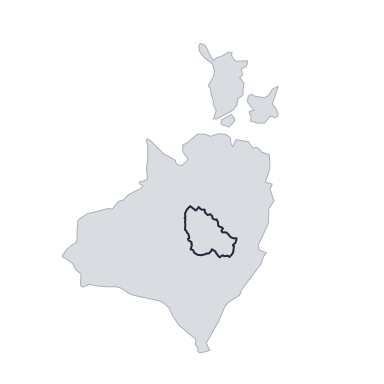 location of Järva within Estonia, rotated 114°
{"feature_id": "EST-1656", "entity_name": "Järva", "entity_type": "County", "adm_level": 1, "iso_a3": "EST", "parent_name": "Estonia", "parent_adm1": "", "projection": "orthographic", "projection_center": [25.661, 58.953], "detail": "fine", "context": "in_parent", "style": "outline", "palette": "slate", "viewbox_px": 384, "rotation_deg": 114, "n_neighbors": 0, "source": "natural_earth", "source_scale": "10m", "svg_char_len": 4359}
<svg xmlns="http://www.w3.org/2000/svg" viewBox="0 0 384 384"><g transform="rotate(114 192 192)"><path d="M304.0,284.1L302.8,284.4L296.2,283.4L288.9,280.0L285.6,277.4L282.5,277.5L278.8,279.3L265.3,284.6L262.0,283.5L254.2,278.6L250.2,273.2L241.5,262.4L240.7,259.9L239.6,257.8L230.4,255.2L226.9,251.2L224.1,250.6L219.9,248.6L209.2,240.1L206.5,239.3L205.9,240.7L206.0,242.7L205.4,243.9L204.0,243.8L201.5,240.7L198.5,237.9L189.2,243.0L185.8,244.4L182.8,244.6L167.9,251.2L163.4,254.8L161.5,254.4L162.0,250.9L168.5,233.8L169.8,220.1L172.1,218.3L172.8,216.4L171.9,212.0L165.6,209.1L163.1,209.5L160.7,214.1L158.2,217.4L152.6,219.4L147.9,215.7L136.8,210.6L134.1,204.2L133.6,197.8L127.9,191.4L125.7,184.1L126.8,179.0L132.3,175.9L133.9,173.0L127.1,173.3L125.8,172.5L125.6,169.9L122.9,160.9L125.6,157.5L126.9,154.1L124.9,151.2L125.5,147.9L127.3,144.6L126.5,136.8L133.2,132.9L139.7,130.2L153.3,129.1L152.1,122.0L157.6,121.8L166.9,113.5L176.0,115.1L189.2,109.5L214.4,109.8L217.9,106.4L217.3,103.0L217.4,99.4L222.1,100.4L230.0,99.8L259.8,106.7L267.1,106.6L277.4,113.6L282.9,115.4L299.0,115.1L324.0,117.5L328.7,112.5L329.2,111.2L331.7,113.8L334.8,118.1L335.7,120.6L334.8,122.1L331.8,123.5L331.2,124.9L329.9,127.2L326.4,127.8L324.7,129.5L322.7,137.1L319.0,149.6L313.1,159.2L308.3,164.5L306.2,168.5L305.0,173.3L304.8,178.1L310.3,204.1L310.3,208.8L309.3,213.7L308.7,218.7L309.5,223.0L312.8,230.2L316.6,241.0L318.1,248.0L320.5,250.4L322.7,252.3L323.2,253.4L323.2,254.7L322.1,256.1L312.3,260.0L311.1,263.2L310.2,266.6L306.0,271.9L304.8,276.7L304.1,282.2L304.0,284.1ZM84.8,185.8L87.9,188.1L90.9,187.5L94.0,186.2L100.6,187.8L115.2,199.1L116.5,202.1L107.5,203.0L105.3,206.3L103.0,208.5L100.4,209.1L95.9,213.6L89.8,217.7L88.4,220.3L77.7,219.4L71.8,220.8L66.8,225.5L64.4,235.0L60.5,242.2L56.8,244.8L53.1,245.0L52.4,242.1L52.9,239.3L61.2,229.2L63.0,225.8L59.2,224.1L56.2,220.3L49.4,215.6L48.3,212.1L50.0,211.9L51.6,211.0L53.6,208.2L54.7,204.9L49.6,194.9L52.5,193.6L56.1,194.1L59.6,197.1L63.7,194.0L65.5,193.6L68.2,195.0L71.4,188.7L78.2,186.9L81.6,185.1L84.8,185.8ZM99.5,168.3L95.6,172.5L93.5,170.7L92.4,168.5L87.1,178.1L81.6,179.6L78.5,177.5L79.0,173.8L76.4,164.1L71.8,161.0L65.2,160.4L60.6,156.2L79.2,154.4L81.3,149.9L85.2,145.3L88.1,144.9L90.4,146.1L90.7,149.9L91.2,151.4L99.5,153.8L102.5,160.2L103.4,167.8L99.5,168.3ZM117.8,193.4L113.9,194.1L105.1,187.5L107.4,183.4L110.0,181.8L117.6,184.7L118.4,191.2L117.8,193.4Z" fill="#d9dde1" stroke="#a8b0b8" stroke-width="1"/><path d="M229.4,182.9L227.4,183.8L224.1,185.0L223.1,185.7L222.3,186.1L219.4,187.1L218.6,188.2L217.2,187.9L215.5,189.2L213.9,189.6L209.8,189.5L208.9,189.0L207.8,188.8L205.7,187.8L206.5,184.5L206.7,183.4L206.9,182.8L207.1,182.3L207.3,181.8L207.3,181.3L206.9,180.8L206.1,180.4L204.7,180.2L203.1,179.7L204.0,177.3L204.2,176.6L204.0,175.5L203.3,174.0L203.1,173.5L203.3,173.0L203.9,172.6L205.0,172.2L205.3,171.9L205.6,171.4L205.9,170.2L206.3,169.5L206.7,168.4L205.9,167.3L205.2,166.9L205.0,166.5L204.9,166.2L205.8,163.8L206.6,163.2L207.0,163.1L207.5,162.7L207.8,162.2L207.9,161.2L207.9,160.4L207.8,159.4L207.5,159.0L207.2,158.7L207.1,158.2L208.7,156.3L212.2,154.2L212.4,152.1L212.3,150.2L212.4,149.5L212.8,149.0L213.9,149.0L214.6,149.3L215.3,149.3L215.8,149.0L216.1,148.5L216.4,148.1L216.4,147.2L215.9,146.6L215.7,146.3L215.0,144.0L216.2,140.9L217.1,139.4L217.5,138.1L217.6,137.0L217.4,135.2L216.9,134.1L216.4,133.3L216.3,132.8L216.4,132.4L218.0,132.0L221.1,131.7L222.9,132.7L223.6,132.9L224.0,132.9L224.3,132.7L224.4,131.6L230.3,129.9L232.6,130.1L236.0,131.3L236.2,131.6L236.0,132.3L235.7,133.0L235.7,133.5L235.8,133.8L236.0,134.1L236.3,134.3L237.1,135.7L237.6,136.7L237.3,137.7L237.5,138.4L238.6,139.3L240.3,139.9L239.9,141.9L238.7,143.6L238.2,144.9L236.7,146.6L236.6,148.2L236.2,149.9L236.3,150.4L236.7,150.6L238.0,150.5L238.6,150.6L239.7,151.1L240.7,151.3L241.3,151.6L242.5,154.0L243.4,154.4L244.7,156.3L245.6,157.2L246.2,158.4L246.8,160.1L247.0,161.1L247.1,161.9L247.0,162.6L246.9,163.3L246.7,164.5L246.5,165.5L245.3,166.5L245.1,166.7L244.9,167.2L244.7,167.7L244.6,168.2L244.9,169.3L244.8,170.0L241.9,170.3L241.0,170.4L240.5,170.6L240.0,170.9L239.7,171.4L238.5,171.7L238.0,172.3L237.8,173.2L237.8,174.1L237.7,174.9L237.6,175.5L236.3,176.6L235.4,175.9L234.5,176.1L233.1,177.3L232.7,177.5L232.1,177.9L231.8,178.3L231.4,179.4L231.0,180.1L229.7,181.6L229.4,182.9Z" fill="none" stroke="#1e293b" stroke-width="2"/></g></svg>